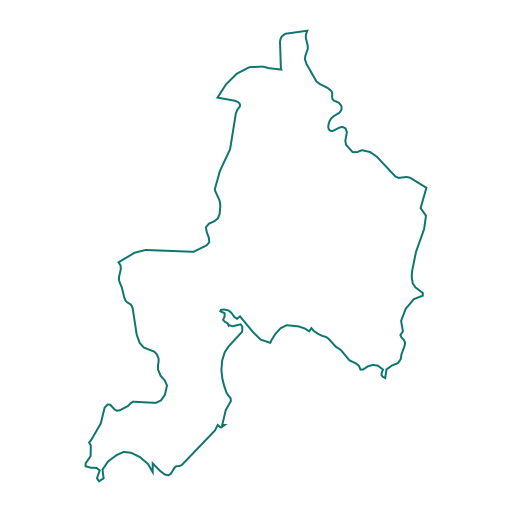 Cagliari, Equal Earth projection
{"feature_id": "ITA-5378", "entity_name": "Cagliari", "entity_type": "Province", "adm_level": 1, "iso_a3": "ITA", "parent_name": "Italy", "parent_adm1": "", "projection": "equal_earth", "projection_center": [9.117, 39.391], "detail": "fine", "context": "isolated", "style": "outline", "palette": "teal", "viewbox_px": 512, "rotation_deg": 0, "n_neighbors": 0, "source": "natural_earth", "source_scale": "10m", "svg_char_len": 3016}
<svg xmlns="http://www.w3.org/2000/svg" viewBox="0 0 512 512"><path d="M426.4,187.8L420.6,208.1L426.0,215.7L424.1,229.1L416.0,251.9L412.2,270.6L411.7,276.8L412.7,283.2L415.3,287.3L422.8,293.0L422.8,295.7L413.9,299.1L405.7,308.8L401.1,320.9L402.9,331.3L400.4,335.1L401.5,337.5L403.8,339.8L405.1,342.8L404.5,346.1L401.4,354.6L400.8,359.0L398.0,363.1L392.0,365.5L386.5,369.4L385.2,378.1L382.7,376.7L381.5,375.2L381.6,373.1L383.0,369.6L377.9,365.7L372.9,364.9L367.8,366.4L363.0,369.6L360.5,369.6L358.9,365.8L356.0,363.5L349.4,360.3L341.2,350.4L339.3,348.9L336.1,347.0L328.6,338.8L325.9,336.9L322.5,336.0L317.9,333.8L313.8,331.0L311.4,328.1L309.2,331.3L304.6,328.4L298.5,326.4L286.7,325.2L280.6,328.2L275.2,334.2L271.5,340.1L270.3,342.8L260.8,339.7L253.2,332.3L240.0,316.4L237.0,318.8L234.3,316.9L231.7,313.2L228.9,310.6L224.2,309.5L220.8,309.9L220.4,311.3L224.6,313.2L224.6,316.4L223.1,319.9L225.0,321.9L227.7,323.4L228.6,325.6L228.9,325.2L232.6,326.2L240.7,324.4L242.3,326.7L242.3,330.1L242.0,331.9L228.8,346.2L224.8,352.1L222.2,360.3L221.4,369.9L222.3,378.4L224.2,386.1L226.7,393.1L228.5,395.7L230.5,397.9L230.9,401.0L225.8,410.0L222.2,425.0L224.6,425.0L221.1,427.5L220.1,427.0L217.7,425.0L215.0,430.4L181.8,465.0L179.6,466.0L176.2,466.3L174.6,467.6L170.9,473.7L168.3,475.4L164.5,474.3L160.0,470.8L152.7,463.4L152.7,472.2L148.0,464.0L140.1,457.2L131.2,452.8L123.7,451.9L116.6,455.1L108.1,461.4L102.5,469.6L103.6,478.3L99.0,481.3L97.0,478.3L99.7,470.3L96.5,467.9L90.8,467.7L85.6,466.3L85.6,463.4L90.6,456.1L90.8,445.5L89.1,442.4L91.0,440.3L100.8,423.4L104.6,407.7L107.6,404.5L110.2,404.7L114.6,409.5L117.0,410.8L120.2,410.1L128.0,406.0L130.5,403.4L133.0,401.7L155.7,402.9L160.9,400.5L164.9,394.8L167.0,385.5L164.6,380.2L160.6,375.8L158.0,369.5L158.0,365.0L158.6,361.7L158.6,358.6L156.9,354.4L154.4,351.7L143.7,347.5L139.6,342.8L136.7,334.7L132.7,308.5L131.6,305.7L130.3,304.2L127.0,302.2L125.6,300.7L124.3,297.6L121.8,287.4L119.7,282.5L119.0,279.9L119.0,277.0L120.8,269.2L120.6,265.6L118.5,262.3L134.6,252.7L145.5,250.0L193.5,251.8L206.7,245.3L209.3,242.2L208.8,237.6L206.8,232.3L205.9,227.3L208.9,223.7L214.4,221.2L217.8,218.5L219.6,214.1L220.3,206.7L220.1,203.4L219.5,200.4L215.2,191.0L214.9,189.0L219.9,171.0L230.1,149.2L235.9,113.2L237.4,109.7L239.8,106.5L240.1,105.2L239.5,103.4L238.2,102.2L235.1,100.8L217.5,97.6L226.0,84.4L236.8,73.7L249.3,67.2L262.5,66.6L266.7,67.5L268.1,68.1L281.3,69.6L280.9,68.4L280.0,41.6L280.6,38.8L281.8,36.4L285.3,33.8L307.3,30.7L305.9,34.6L305.8,38.0L307.7,45.4L307.8,48.9L305.4,55.7L304.9,59.1L306.6,64.2L316.5,81.5L319.6,83.9L327.7,88.0L331.4,91.1L332.2,93.0L332.1,97.3L332.6,99.3L333.9,100.6L338.7,102.6L341.5,106.1L341.5,109.6L339.5,112.7L333.6,116.2L331.4,118.2L329.7,120.8L328.6,124.1L328.2,127.1L328.9,129.5L330.4,130.8L332.8,131.0L339.2,127.7L342.4,126.8L345.6,128.5L346.9,132.2L345.3,140.9L346.1,144.8L352.6,152.1L357.1,152.1L362.0,150.2L370.0,152.0L376.7,156.6L395.4,176.5L398.6,177.9L406.5,177.0L410.0,177.7L426.4,187.8Z" fill="none" stroke="#0f766e" stroke-width="2"/></svg>